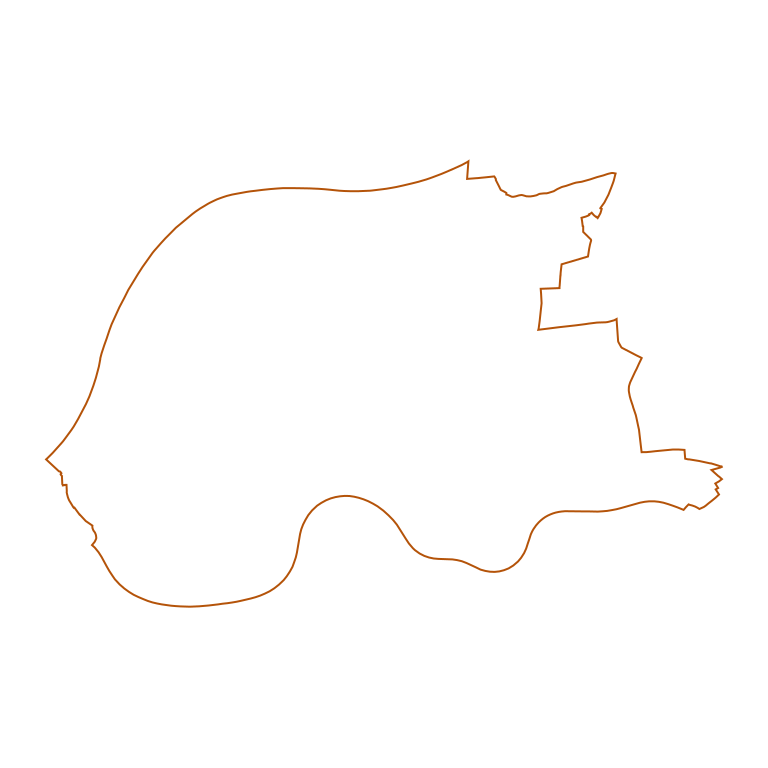 the district of West Maas en Waal, Gelderland, Netherlands
{"feature_id": "6326949B55972615712171", "entity_name": "West Maas en Waal", "entity_type": "district", "adm_level": 2, "iso_a3": "NLD", "parent_name": "Netherlands", "parent_adm1": "Gelderland", "projection": "albers", "projection_center": [5.532, 51.852], "detail": "fine", "context": "isolated", "style": "outline", "palette": "amber", "viewbox_px": 768, "rotation_deg": 0, "n_neighbors": 0, "source": "geoboundaries", "source_scale": "gbopen_adm2", "svg_char_len": 5987}
<svg xmlns="http://www.w3.org/2000/svg" viewBox="0 0 768 768"><path d="M468.4,161.3L467.2,162.1L461.8,165.0L453.2,168.9L445.8,172.1L441.5,173.9L432.5,177.3L430.0,178.2L426.2,179.5L420.4,181.2L418.4,181.8L412.0,183.4L403.1,185.5L396.3,187.0L391.9,187.8L386.6,188.7L382.8,189.2L372.1,190.5L370.1,190.7L358.2,191.2L350.6,191.2L344.1,191.0L339.3,190.7L330.6,189.8L324.3,189.2L318.6,188.8L309.5,188.4L298.3,188.2L290.2,188.1L283.5,188.1L277.3,188.5L269.9,189.1L262.3,189.9L255.1,190.8L250.7,191.3L246.7,191.9L235.2,194.0L232.0,194.6L228.9,195.4L226.9,195.9L223.2,197.1L220.1,198.2L216.9,199.4L213.7,200.9L209.8,202.8L207.8,203.9L204.5,205.9L200.3,208.4L195.7,211.5L192.4,214.0L175.8,227.8L170.8,232.9L165.5,238.2L161.1,243.0L154.4,250.6L152.6,252.8L142.5,267.0L138.1,273.8L128.3,289.9L124.5,297.5L119.4,307.2L111.6,324.3L109.5,330.0L106.6,338.7L104.3,345.1L101.6,353.3L100.3,358.3L100.3,359.0L98.9,366.5L95.9,377.8L93.4,385.6L90.0,394.8L89.4,396.4L86.0,404.0L78.1,419.0L74.2,425.7L73.6,426.7L71.3,430.1L65.5,438.0L63.1,441.2L62.0,442.5L52.8,452.8L47.6,458.0L46.1,459.4L58.8,471.2L58.9,471.3L60.2,471.6L61.4,473.2L60.6,474.2L60.9,474.8L61.2,475.2L61.8,475.8L62.0,476.1L61.9,476.5L62.0,477.8L62.3,484.2L62.9,485.2L62.9,485.4L63.8,485.3L63.9,485.1L64.0,485.0L65.6,485.0L65.6,484.9L66.5,484.9L66.8,491.1L66.7,492.4L67.1,494.3L67.5,495.8L67.8,497.0L68.4,498.6L69.1,500.3L70.9,503.2L73.3,507.2L73.9,507.9L74.4,507.6L79.4,514.4L79.5,514.3L85.9,521.2L86.3,521.4L92.4,525.6L92.3,526.0L92.4,527.3L92.5,528.2L93.2,530.0L93.5,530.6L94.9,532.5L95.4,533.6L95.8,534.7L96.0,535.4L96.3,538.0L96.1,538.9L95.3,540.6L94.7,541.8L92.0,545.1L94.8,547.6L98.6,552.3L101.6,557.0L106.7,566.4L109.4,571.1L112.5,575.8L114.9,579.3L119.6,584.4L124.3,588.5L129.0,591.9L133.7,594.8L138.3,597.0L143.0,599.0L147.7,600.9L152.4,602.4L157.1,603.5L161.8,604.4L171.1,605.7L175.8,606.1L180.5,606.4L189.9,606.7L199.2,606.3L208.6,605.5L218.0,604.4L222.7,603.7L227.4,603.2L232.1,602.5L236.8,601.7L241.4,600.7L246.1,599.6L250.8,598.5L255.5,597.2L260.2,595.6L264.9,593.6L269.6,591.3L274.3,588.3L279.0,584.6L283.7,580.1L286.8,576.2L289.9,571.5L292.5,566.8L294.2,562.1L295.8,557.4L296.9,552.7L300.1,533.9L301.3,529.2L303.1,524.5L305.5,519.8L308.3,515.1L312.1,510.4L317.1,505.7L321.3,502.9L326.0,500.3L330.7,498.4L335.4,497.1L340.1,496.3L344.8,495.9L349.4,496.0L354.1,496.7L358.8,497.8L363.5,499.3L368.2,501.2L372.9,503.6L377.5,506.3L383.3,510.6L388.5,515.3L393.1,520.0L396.9,524.7L405.8,538.8L408.9,543.5L412.9,548.2L414.9,550.1L419.6,553.5L424.3,555.9L429.0,557.5L433.7,558.5L438.4,558.9L452.4,559.4L457.1,560.1L461.8,561.2L466.5,563.0L475.8,567.3L480.5,569.6L485.2,570.9L489.9,571.7L494.6,571.9L499.3,571.4L504.0,570.2L508.6,568.4L513.3,565.5L518.0,561.5L521.1,557.8L524.1,553.1L526.2,548.5L527.7,543.8L529.3,539.1L530.8,534.4L531.7,532.4L532.7,530.4L533.8,528.6L535.1,526.8L535.9,525.6L537.1,524.2L538.7,522.4L540.8,520.4L543.0,518.6L545.3,517.0L547.8,515.6L550.4,514.4L553.0,513.4L555.6,512.6L558.9,511.9L561.7,511.5L565.0,511.2L583.7,511.4L588.4,511.4L597.8,511.6L602.5,511.3L607.2,510.9L611.9,510.1L616.6,509.2L621.2,508.0L640.0,502.7L644.7,501.8L649.4,501.3L654.1,501.3L658.8,501.8L663.4,502.7L668.1,504.1L672.8,505.7L677.5,507.4L683.6,509.9L685.9,507.2L688.6,504.4L689.8,504.9L692.2,505.5L693.6,506.0L695.0,506.5L696.2,507.1L697.7,507.9L699.4,509.0L703.8,507.0L704.1,506.8L705.7,505.7L708.7,503.2L711.8,500.8L714.0,499.0L715.8,497.5L719.0,494.5L715.7,489.4L718.1,488.0L715.3,483.5L719.1,481.3L721.9,479.1L719.1,476.6L718.3,476.1L717.3,475.2L711.5,470.0L720.2,467.6L721.8,466.9L721.6,466.5L721.4,466.6L715.1,464.6L710.8,463.3L710.6,463.3L710.3,463.4L699.2,461.0L688.8,459.3L688.3,459.4L685.2,458.7L684.7,452.6L684.5,449.9L678.1,449.5L673.2,449.5L655.2,451.2L650.9,451.7L646.6,452.1L643.7,452.1L641.6,452.2L640.1,439.5L640.1,439.4L639.2,431.6L639.0,429.8L638.2,426.2L636.4,417.7L635.8,415.1L633.2,407.4L632.7,405.5L632.3,404.4L630.7,399.6L630.5,398.9L629.8,396.4L629.0,392.2L628.8,390.8L628.8,389.2L628.9,387.3L629.0,386.2L629.2,385.5L629.8,383.5L630.2,382.3L635.0,372.0L636.6,368.9L639.1,363.4L640.9,359.7L641.6,358.3L641.7,358.0L640.6,357.4L636.5,355.4L621.9,347.8L621.7,347.6L621.2,347.1L618.5,342.3L618.1,341.1L616.6,319.7L616.6,319.0L614.7,320.0L614.1,320.3L609.4,321.6L607.3,322.1L605.5,322.3L598.8,322.5L596.8,322.6L588.7,323.6L585.5,324.1L576.2,325.3L559.1,327.2L538.3,329.8L538.7,328.3L539.7,320.7L540.8,310.4L541.6,303.2L541.1,293.9L540.7,288.8L559.5,288.1L559.5,287.1L559.7,285.3L560.3,276.9L560.5,275.5L560.4,275.5L560.5,274.7L560.7,272.2L561.6,264.3L588.0,256.5L588.8,251.1L589.2,248.6L589.9,245.1L590.3,243.4L591.0,241.0L591.1,240.6L591.1,240.2L591.0,239.9L590.9,239.5L590.7,239.3L583.2,231.9L583.2,226.5L583.1,226.2L582.7,226.1L582.1,221.3L581.7,218.8L581.5,217.8L585.7,216.6L588.0,215.7L588.9,215.2L589.1,215.1L588.9,214.5L588.9,214.4L589.3,214.1L589.5,214.0L590.3,213.8L590.7,213.5L591.7,212.7L593.7,215.0L594.5,215.7L596.4,217.2L596.8,216.9L597.7,218.0L598.4,216.9L600.2,213.6L600.5,213.0L601.7,208.9L600.3,208.3L600.3,208.2L604.4,202.5L604.7,201.9L608.5,194.6L608.8,193.8L611.2,187.7L613.1,182.6L613.7,180.8L614.2,178.9L615.0,175.7L615.6,173.5L612.9,173.0L611.9,173.0L611.1,173.1L608.2,173.8L606.6,174.3L603.4,175.4L597.1,177.1L589.8,179.5L581.9,181.7L580.8,181.9L578.0,182.3L577.4,182.4L576.1,182.6L573.3,183.4L566.0,185.9L562.9,186.7L561.6,187.1L557.3,189.1L555.1,190.4L553.8,191.2L548.7,192.8L547.6,193.1L546.6,193.3L545.8,193.3L543.6,193.4L540.0,193.8L539.5,193.9L538.9,194.1L536.9,195.1L536.4,195.3L533.3,196.0L531.8,196.2L530.6,196.4L528.8,196.4L526.5,196.3L525.8,196.1L522.7,195.2L522.1,195.1L521.4,195.0L518.9,195.4L515.5,196.4L513.3,196.8L512.8,196.8L511.7,196.7L511.0,196.4L508.5,195.2L507.1,194.7L506.3,194.5L506.4,193.0L506.3,192.9L504.3,191.7L501.0,190.0L500.6,189.6L500.4,189.1L499.7,187.8L499.3,186.9L496.4,181.2L495.8,180.0L495.9,179.1L494.7,177.0L494.2,176.4L493.4,176.5L484.9,177.4L481.7,177.7L477.8,178.1L477.5,178.1L467.1,178.9L468.4,161.3Z" fill="none" stroke="#b45309" stroke-width="2"/></svg>